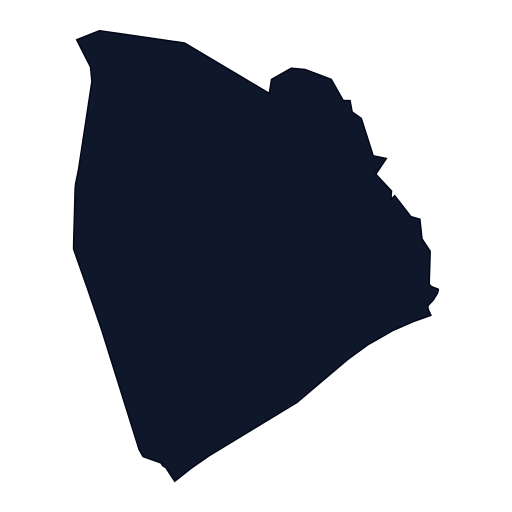 outline of Onslow, United States of America
{"feature_id": "52423323B38780973615632", "entity_name": "Onslow", "entity_type": "district", "adm_level": 2, "iso_a3": "USA", "parent_name": "United States of America", "parent_adm1": "", "projection": "equal_earth", "projection_center": [-77.351, 34.712], "detail": "fine", "context": "isolated", "style": "filled", "palette": "ink", "viewbox_px": 512, "rotation_deg": 0, "n_neighbors": 0, "source": "geoboundaries", "source_scale": "gbopen_adm2", "svg_char_len": 1002}
<svg xmlns="http://www.w3.org/2000/svg" viewBox="0 0 512 512"><path d="M77.2,39.5L76.7,39.8L90.5,67.0L91.9,81.3L78.4,170.3L75.6,183.6L75.1,189.0L73.6,244.6L73.6,249.1L86.0,284.4L86.6,286.0L98.3,320.2L98.7,321.2L102.0,331.0L139.1,449.6L143.1,456.6L161.3,463.1L161.3,463.7L162.0,464.4L162.5,465.5L164.3,466.8L165.6,467.3L174.7,481.3L191.1,468.3L209.2,455.7L297.0,402.4L347.9,359.3L367.8,344.8L388.5,333.0L392.4,330.7L413.0,321.7L430.9,315.3L428.3,309.5L427.8,306.7L428.0,305.9L428.8,304.7L433.3,300.0L437.3,293.5L437.6,292.6L438.4,289.9L438.3,289.5L437.9,289.0L432.9,287.2L431.0,286.1L429.2,284.3L430.2,251.3L422.0,238.8L419.9,219.2L410.9,216.6L394.7,195.7L390.9,199.6L391.5,191.0L375.8,174.2L386.3,158.5L373.2,155.8L361.6,119.3L361.4,119.2L361.2,119.0L361.1,118.9L361.2,118.7L361.2,118.4L352.1,111.9L350.1,100.6L343.2,100.5L331.3,79.4L305.1,69.5L291.3,68.2L271.5,79.4L269.3,93.4L247.7,80.6L245.4,79.2L231.3,70.8L184.5,43.0L99.5,30.7L77.2,39.5Z" fill="#0f172a" stroke="#020617" stroke-width="1.5"/></svg>